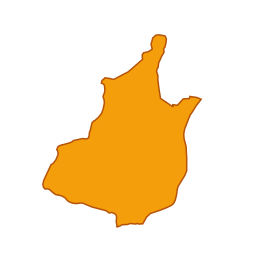 Hayfan, Ta`izz, Yemen, rotated 15°
{"feature_id": "15242507B40276066562734", "entity_name": "Hayfan", "entity_type": "district", "adm_level": 2, "iso_a3": "YEM", "parent_name": "Yemen", "parent_adm1": "Ta`izz", "projection": "equal_earth", "projection_center": [44.261, 13.291], "detail": "fine", "context": "isolated", "style": "filled", "palette": "amber", "viewbox_px": 256, "rotation_deg": 15, "n_neighbors": 0, "source": "geoboundaries", "source_scale": "gbopen_adm2", "svg_char_len": 3485}
<svg xmlns="http://www.w3.org/2000/svg" viewBox="0 0 256 256"><g transform="rotate(15 128 128)"><path d="M92.7,130.9L91.9,132.3L92.1,137.9L92.2,138.8L91.9,142.3L92.4,145.2L92.4,146.7L92.4,147.7L90.9,149.2L90.7,149.4L86.9,149.9L80.4,153.3L79.7,153.6L78.5,154.3L78.3,154.7L78.2,154.9L77.0,156.3L74.8,157.9L73.6,158.5L72.5,159.2L71.9,159.5L71.4,159.9L69.9,160.7L68.5,161.4L66.2,163.0L65.1,164.4L64.8,167.3L66.1,168.6L67.4,171.6L66.6,177.3L64.9,181.6L63.2,183.2L61.0,195.5L60.4,199.1L60.2,200.3L60.3,203.9L60.4,204.6L61.6,206.8L61.6,207.0L62.7,207.8L63.2,208.2L64.4,208.3L65.5,207.6L66.4,207.5L68.0,207.7L69.4,208.4L69.5,208.5L70.2,208.8L70.3,208.9L73.7,210.5L74.0,210.6L75.4,211.0L75.7,211.0L77.0,210.9L81.1,210.7L84.1,211.4L84.3,211.4L84.7,211.5L85.3,211.8L85.8,212.1L86.2,212.4L87.7,213.4L88.0,213.6L89.6,214.4L93.2,214.9L96.3,214.7L96.5,214.6L97.3,214.4L98.2,214.1L99.7,213.6L100.6,213.2L101.4,212.8L102.8,212.4L104.9,212.4L108.1,212.9L113.4,213.6L120.3,213.6L123.4,213.6L124.6,213.5L124.8,213.5L126.0,213.5L128.7,213.7L130.4,214.4L131.0,214.6L131.3,214.9L131.9,214.9L132.7,214.6L133.1,214.2L133.7,214.0L134.3,213.9L134.9,213.9L135.6,213.9L136.8,214.1L138.3,214.7L139.2,215.4L139.9,216.7L140.3,218.4L140.7,220.6L141.0,222.0L141.5,222.8L141.8,223.5L142.0,223.8L142.5,224.6L142.5,225.1L142.5,225.9L143.1,226.4L144.1,225.8L145.4,224.8L146.1,224.3L146.7,223.7L147.6,222.8L148.2,222.6L148.9,222.6L150.2,222.0L152.1,221.5L153.8,220.4L154.0,220.3L154.6,219.8L155.8,219.4L156.7,219.4L158.7,219.0L160.2,218.8L162.0,217.7L162.7,217.9L163.3,218.0L165.6,217.2L167.1,216.7L168.1,212.7L168.9,209.4L170.9,206.2L171.9,204.6L172.1,204.5L172.9,204.0L180.5,199.0L183.9,196.4L185.4,195.4L186.3,194.6L189.5,191.9L190.9,190.2L191.7,188.4L192.3,185.8L192.2,180.2L191.5,174.8L191.5,171.4L193.4,165.0L195.0,159.6L195.4,157.2L195.8,154.2L194.0,147.5L193.0,143.8L192.6,142.2L191.4,138.6L191.1,137.7L189.4,132.5L189.3,132.1L189.0,131.3L188.9,130.8L188.1,129.4L187.9,129.1L187.7,128.8L187.6,128.6L186.5,126.5L186.1,126.0L185.6,125.0L185.0,124.0L184.7,123.1L184.2,121.8L183.4,119.4L183.4,119.2L183.3,118.5L183.0,114.5L183.0,114.0L183.2,112.2L183.4,110.6L183.8,106.4L184.2,102.8L184.8,99.1L186.1,95.5L186.2,95.3L186.4,94.4L186.6,93.9L187.9,89.4L189.1,86.5L190.9,82.2L191.2,81.3L188.8,81.0L186.7,80.7L179.6,81.5L179.8,83.6L173.8,85.6L169.9,93.2L165.3,93.9L166.0,95.5L165.2,95.7L151.7,91.0L149.2,85.3L148.0,82.7L146.0,77.8L145.2,75.7L144.7,74.7L144.3,73.5L144.1,72.9L143.6,70.6L143.4,70.1L143.3,69.6L141.5,66.9L141.0,66.2L140.9,64.6L140.8,63.5L141.4,61.8L140.8,57.3L140.8,56.9L141.5,53.0L141.8,50.7L143.2,45.3L141.9,42.6L142.7,40.5L142.7,37.7L142.7,36.4L142.2,33.2L142.0,32.1L140.5,30.1L140.1,29.6L139.8,29.6L139.7,29.6L138.7,29.6L138.1,29.6L134.2,29.9L133.6,30.1L131.9,30.7L131.1,31.0L130.8,31.2L129.9,32.7L128.6,34.7L128.6,41.2L130.3,44.3L131.0,45.6L130.9,45.7L127.7,49.2L127.5,49.3L126.9,49.6L123.6,51.3L123.4,51.9L122.8,53.6L123.6,56.2L124.3,57.9L122.5,60.6L122.2,61.0L121.3,62.4L120.8,63.2L119.2,65.5L117.5,68.0L117.0,68.8L116.9,69.0L116.6,69.4L114.8,72.0L113.8,73.5L113.7,73.7L111.2,76.0L110.9,76.2L110.7,76.4L109.7,77.3L103.6,83.0L103.2,83.4L103.0,83.6L101.6,84.8L99.3,84.9L98.4,84.9L97.5,84.9L94.4,85.3L93.7,85.3L92.9,85.4L90.9,88.4L90.6,88.9L90.6,89.0L90.6,91.5L93.2,92.0L94.2,93.1L95.5,96.3L96.2,99.8L95.7,103.5L96.2,104.9L97.6,106.9L98.7,110.0L98.9,112.6L98.9,114.1L99.1,116.3L98.7,120.5L97.3,123.9L96.5,125.7L93.8,129.7L93.2,130.0L92.7,130.9Z" fill="#f59e0b" stroke="#b45309" stroke-width="1.5"/></g></svg>